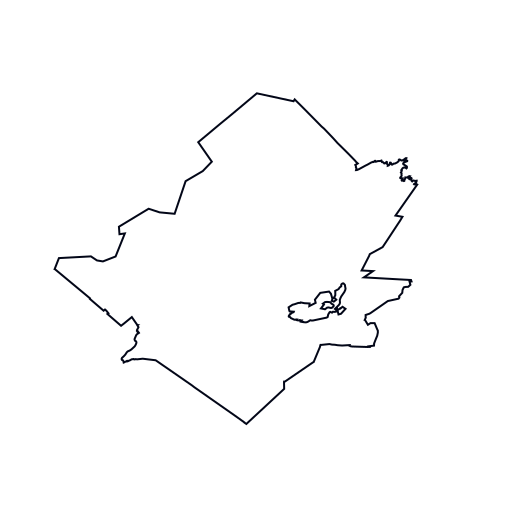 Staiceles pag., Alojas, Latvia, rotated 329°
{"feature_id": "27541924B5115242509873", "entity_name": "Staiceles pag.", "entity_type": "district", "adm_level": 2, "iso_a3": "LVA", "parent_name": "Latvia", "parent_adm1": "Alojas", "projection": "equal_earth", "projection_center": [24.767, 57.89], "detail": "fine", "context": "isolated", "style": "outline", "palette": "ink", "viewbox_px": 512, "rotation_deg": 329, "n_neighbors": 0, "source": "geoboundaries", "source_scale": "gbopen_adm2", "svg_char_len": 5983}
<svg xmlns="http://www.w3.org/2000/svg" viewBox="0 0 512 512"><g transform="rotate(329 256 256)"><path d="M161.2,395.0L211.7,384.4L215.2,378.3L215.4,378.1L216.0,378.5L216.6,378.5L245.1,376.8L250.6,376.5L250.8,376.6L264.1,366.8L265.3,365.5L265.5,365.4L265.9,365.7L273.6,369.3L275.5,371.1L277.9,372.7L280.0,374.5L283.7,377.1L290.2,380.5L289.7,380.8L290.6,382.1L291.8,383.1L304.7,391.4L306.3,392.3L306.2,391.5L311.0,393.6L312.2,391.8L315.7,389.1L318.8,386.8L321.0,384.4L322.0,382.7L322.1,381.5L323.1,374.6L319.6,372.5L316.5,372.6L316.5,367.0L316.3,366.8L318.3,365.4L318.3,365.2L319.6,363.0L323.5,363.9L324.9,363.9L345.8,362.5L356.2,366.0L357.5,365.5L357.9,364.2L362.4,362.9L364.1,360.6L366.5,359.0L368.0,359.4L370.6,360.8L373.5,360.2L374.4,357.1L376.2,357.9L376.5,356.4L366.0,349.3L337.5,329.9L348.5,329.2L339.1,322.8L353.3,314.0L353.5,313.8L354.5,313.0L369.1,313.6L376.7,310.0L394.4,301.5L397.6,300.0L401.7,297.8L396.4,293.2L431.0,277.8L430.4,276.8L430.2,276.6L428.9,276.4L428.5,276.1L428.4,275.8L428.6,275.7L429.9,275.9L430.6,275.8L431.3,275.3L431.3,275.1L431.0,275.0L430.9,274.9L431.1,274.7L431.8,274.5L432.3,274.5L432.5,274.2L432.1,274.0L431.1,273.7L429.9,272.4L429.4,272.3L428.3,272.5L428.1,271.6L428.2,270.8L428.1,270.0L428.2,269.8L428.6,269.6L429.1,269.9L429.3,269.7L429.4,269.4L429.3,269.1L429.0,268.9L428.6,268.9L427.9,269.2L427.2,269.3L427.0,269.1L427.1,268.7L427.8,268.4L427.9,268.2L427.4,267.8L427.1,267.7L426.7,267.4L426.8,267.2L427.4,267.0L428.7,267.0L429.0,266.9L428.6,266.5L427.4,266.4L426.5,266.6L425.9,266.5L424.9,265.8L424.5,265.7L424.4,265.6L423.4,266.7L423.0,266.9L422.4,267.3L421.8,268.0L421.3,267.9L420.9,267.1L420.6,267.0L419.8,266.5L419.8,266.3L421.4,265.5L421.8,265.0L420.0,263.9L419.8,263.6L419.8,263.3L420.4,262.9L421.4,262.6L422.2,262.2L422.7,261.0L423.4,260.1L423.4,259.6L423.2,259.1L424.5,258.3L425.0,257.8L424.8,257.2L426.8,256.3L427.5,256.2L428.1,256.3L428.8,256.5L430.1,258.1L430.1,258.3L430.7,258.2L431.3,257.3L431.4,256.9L430.4,254.8L429.6,253.4L429.6,253.1L429.8,253.1L429.8,252.6L430.1,252.3L431.1,252.1L432.1,252.2L434.4,252.6L434.7,252.2L434.5,251.8L432.6,251.1L432.1,250.6L432.4,250.2L435.2,249.7L435.3,249.6L434.9,249.3L434.1,249.3L432.7,249.5L431.6,249.5L430.4,249.4L430.0,249.2L429.6,248.7L429.4,248.1L429.1,247.6L428.5,247.0L428.2,247.0L427.9,247.1L427.8,247.3L427.6,247.8L427.4,248.0L426.6,248.3L424.9,248.5L422.6,248.3L421.5,247.7L420.0,247.9L419.5,247.6L419.6,245.8L419.5,245.3L418.9,245.0L418.7,245.2L417.9,246.3L416.3,246.7L415.4,246.5L415.9,245.8L416.0,245.2L415.6,244.2L416.1,243.6L416.5,243.1L416.6,242.9L416.4,242.6L414.0,242.9L413.6,242.7L413.2,241.0L412.4,240.5L412.3,240.3L412.3,240.2L412.6,239.6L412.7,238.8L411.3,238.5L409.3,237.4L407.2,236.9L406.9,236.6L407.3,236.1L407.3,235.9L407.1,235.7L406.4,235.7L405.7,236.0L405.2,236.0L404.7,235.8L404.6,235.5L402.9,235.2L398.7,235.1L396.4,234.9L389.0,234.6L386.8,234.3L386.0,233.9L387.1,232.8L387.3,232.4L387.2,231.6L387.5,231.2L387.9,230.5L388.0,229.1L390.9,229.1L390.2,226.7L390.1,225.6L387.9,216.2L385.6,207.1L384.1,201.4L382.8,194.7L379.9,181.8L378.9,178.8L373.1,154.8L369.8,141.7L367.9,142.7L340.5,117.0L308.8,122.0L293.9,124.2L265.1,128.7L266.7,152.4L254.1,155.8L234.2,155.6L208.0,177.9L195.9,169.0L188.3,160.2L153.6,160.3L150.2,167.0L155.2,169.1L135.4,184.1L122.0,181.8L117.4,177.9L114.3,171.3L86.0,156.3L76.7,163.5L76.8,163.6L90.0,201.3L91.9,206.8L91.5,207.2L97.2,224.4L99.0,224.1L99.5,225.6L100.0,229.1L98.8,229.2L104.4,246.3L107.9,245.9L118.1,244.4L118.6,252.3L118.7,253.5L118.8,253.9L119.1,254.2L118.6,254.2L118.6,256.3L118.6,256.5L115.8,258.2L115.3,258.9L115.4,259.2L115.9,259.8L115.4,260.3L115.5,260.5L116.1,261.2L116.1,261.6L113.9,261.7L112.6,262.1L109.3,264.5L108.8,265.2L108.7,266.5L109.2,267.2L109.2,267.9L108.8,268.8L107.6,269.8L106.3,270.6L105.4,271.0L101.1,271.9L99.2,272.0L96.9,271.7L95.6,272.0L93.2,273.2L91.2,273.8L88.7,274.3L87.9,274.9L87.6,275.5L87.6,276.1L88.2,276.8L88.2,277.8L87.7,279.2L88.3,279.3L88.7,279.2L89.1,279.3L89.8,279.3L90.5,279.6L90.9,279.5L91.0,279.9L91.2,280.0L91.8,279.8L92.0,280.2L92.3,280.3L93.0,280.3L93.5,280.3L94.2,280.5L96.1,280.5L98.1,281.3L98.3,281.9L99.2,282.3L99.5,282.3L101.0,283.4L106.0,285.7L116.3,293.7L134.5,334.0L135.5,336.6L142.5,352.3L156.6,384.0L160.3,392.6L160.2,392.7L161.2,395.0ZM290.8,342.1L290.1,342.1L287.8,343.3L286.0,345.2L284.8,345.2L271.8,340.7L271.0,340.3L270.2,339.8L269.4,339.0L267.2,339.1L265.9,339.0L264.6,338.6L262.9,337.4L261.5,336.2L261.8,336.1L260.7,335.2L261.8,334.7L261.3,334.4L260.9,333.9L260.7,333.8L260.6,333.5L260.2,333.4L259.9,333.5L258.8,332.8L258.1,332.2L257.7,331.7L258.1,331.5L257.9,331.4L257.9,331.2L256.4,330.6L255.8,330.0L254.9,328.6L254.1,327.5L253.9,327.1L253.8,326.0L253.6,325.7L253.0,325.2L252.9,324.8L253.0,324.6L253.4,324.4L253.5,324.1L254.3,323.9L254.5,323.6L255.0,323.4L255.3,323.5L255.7,323.3L255.9,323.5L257.5,323.2L259.3,323.5L259.7,323.2L256.3,320.8L256.4,320.0L257.5,316.8L262.2,316.6L264.2,317.2L268.0,318.0L269.9,319.0L270.3,318.8L270.8,319.2L273.2,321.4L277.5,324.3L275.9,326.4L283.0,326.9L284.0,323.8L292.1,320.7L300.3,324.1L300.8,326.9L299.4,332.2L297.9,333.4L299.2,335.2L302.3,334.8L301.7,332.2L301.0,332.0L303.5,330.7L303.8,330.4L304.9,328.6L305.9,326.7L309.7,326.9L311.6,326.0L312.4,326.0L313.5,325.8L313.7,325.6L314.0,324.8L314.6,324.3L314.9,324.2L315.9,324.1L316.6,324.3L316.9,324.6L317.3,326.4L317.2,326.9L316.7,328.0L316.0,330.0L315.0,331.1L313.1,332.4L308.4,334.5L307.1,335.3L305.2,336.8L303.9,339.3L303.1,340.1L301.7,340.7L296.4,342.0L296.8,343.1L298.2,343.0L297.3,344.5L301.2,344.2L301.3,344.5L304.0,344.1L305.5,347.4L299.1,349.3L296.6,348.6L297.5,345.8L296.7,345.1L294.8,344.5L293.2,343.4L292.0,343.7L290.8,342.1ZM287.7,337.2L290.4,336.9L291.6,337.4L293.5,339.2L294.4,339.5L296.5,339.1L297.0,338.7L297.2,338.1L297.2,337.8L297.0,337.2L296.6,336.6L296.1,335.6L296.0,334.3L295.5,333.7L295.0,333.2L293.2,331.9L292.4,331.5L291.5,331.1L290.9,331.1L289.5,331.3L288.8,331.3L289.2,332.6L284.7,334.4L287.7,337.2Z" fill="none" stroke="#020617" stroke-width="2"/></g></svg>